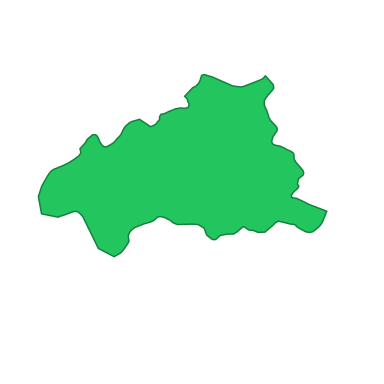 the Canton of Uri, rotated 51°
{"feature_id": "CHE-175", "entity_name": "Uri", "entity_type": "Canton", "adm_level": 1, "iso_a3": "CHE", "parent_name": "Switzerland", "parent_adm1": "", "projection": "orthographic", "projection_center": [8.637, 46.761], "detail": "fine", "context": "isolated", "style": "filled", "palette": "green", "viewbox_px": 384, "rotation_deg": 51, "n_neighbors": 0, "source": "natural_earth", "source_scale": "10m", "svg_char_len": 2328}
<svg xmlns="http://www.w3.org/2000/svg" viewBox="0 0 384 384"><g transform="rotate(51 192 192)"><path d="M159.3,61.3L160.8,61.9L162.7,63.0L163.4,65.1L164.8,73.1L166.4,78.2L169.3,80.6L171.5,81.7L175.0,82.4L183.2,85.5L186.1,85.9L195.0,85.3L196.9,86.2L198.1,87.8L199.9,94.1L202.8,98.3L205.1,99.1L207.7,98.1L211.7,94.8L215.4,92.8L218.4,91.7L223.0,89.4L225.7,88.7L227.8,89.7L230.4,91.8L234.0,92.5L245.0,92.2L247.7,93.3L248.9,95.4L248.7,97.9L248.8,100.6L250.0,102.6L252.3,105.1L254.7,105.3L255.6,107.0L256.0,113.3L257.0,116.7L258.5,117.8L260.2,117.2L262.7,114.7L272.4,110.1L274.2,109.5L291.8,99.4L297.1,108.9L297.8,110.5L298.8,114.1L299.0,117.5L298.9,123.2L297.3,126.3L294.6,128.6L286.3,132.1L284.5,132.4L283.2,132.4L282.2,132.6L281.0,133.5L279.2,135.4L269.1,143.1L268.4,146.7L268.8,149.5L269.1,160.5L264.9,166.1L260.4,168.6L257.8,171.4L255.1,172.5L252.2,173.2L251.1,174.6L251.4,181.4L250.8,186.2L247.2,190.7L244.1,196.2L243.7,197.4L243.5,198.2L243.9,203.4L242.6,205.3L241.3,206.2L235.4,207.6L233.8,207.4L227.9,205.3L221.1,207.7L217.2,211.9L208.1,223.8L204.2,226.0L200.3,226.8L193.9,229.7L191.2,232.1L189.8,234.4L189.9,236.3L190.2,237.8L190.0,240.1L189.3,243.0L186.5,249.5L183.7,258.5L183.4,261.7L183.9,264.9L184.7,267.2L185.9,269.0L187.2,270.0L189.0,270.9L190.6,272.0L191.5,273.8L193.6,280.8L194.5,285.4L193.3,293.2L177.0,300.3L142.5,292.4L138.0,292.6L135.1,293.5L133.7,294.7L132.8,296.1L129.7,305.2L128.2,308.9L127.3,311.9L114.3,322.7L98.8,314.2L92.8,304.9L88.7,294.5L87.6,290.9L87.1,287.6L87.5,284.8L90.3,275.6L91.7,269.4L92.5,262.3L92.7,257.4L92.1,254.9L91.2,253.4L87.9,251.9L86.7,244.5L85.1,239.8L85.0,233.0L86.9,230.8L89.3,230.5L95.8,232.2L99.0,232.4L101.8,231.7L103.2,229.5L103.7,226.9L104.2,223.5L104.2,221.0L103.9,218.7L103.3,216.4L103.1,213.2L102.5,210.9L100.3,206.3L99.1,202.9L98.8,197.6L99.2,194.9L102.5,187.0L115.2,183.1L116.0,180.3L116.5,177.5L115.8,174.6L115.5,172.7L115.1,171.3L114.0,170.6L113.0,169.7L112.1,167.3L113.8,164.0L114.7,159.8L117.0,152.5L119.1,148.5L122.1,145.3L123.2,143.5L123.7,142.2L123.5,141.2L122.8,140.0L121.8,138.9L118.5,138.2L117.1,137.2L113.0,137.5L111.4,126.0L112.2,122.0L111.6,118.2L110.5,115.7L107.6,111.4L107.9,109.5L108.7,108.4L115.3,103.9L135.2,93.6L139.7,89.4L141.4,87.5L142.5,85.3L147.9,68.4L148.5,65.4L147.9,61.9L159.3,61.3Z" fill="#22c55e" stroke="#15803d" stroke-width="1.5"/></g></svg>